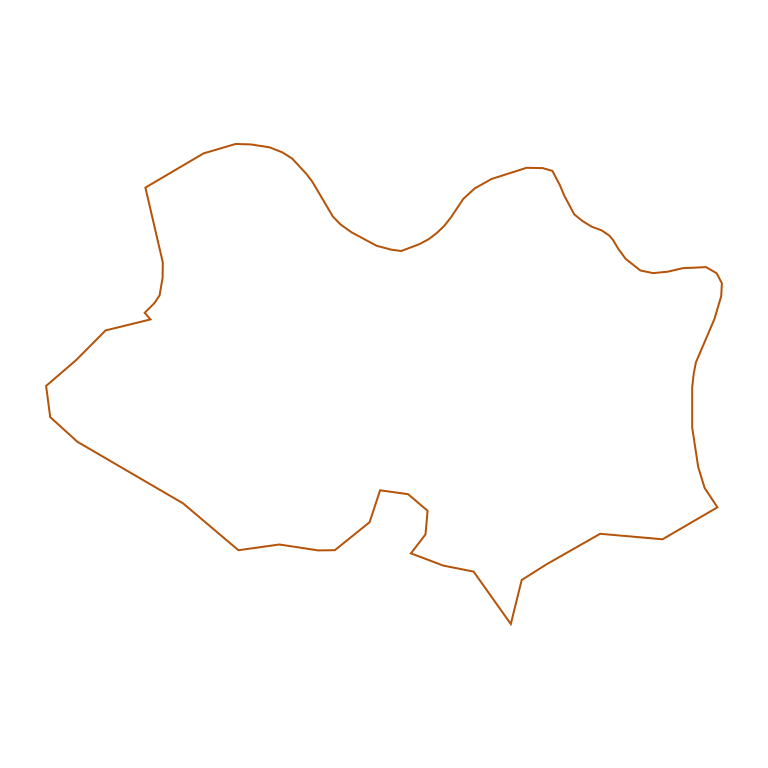 an SVG outline of Montevideo
{"feature_id": "URY-21", "entity_name": "Montevideo", "entity_type": "Department", "adm_level": 1, "iso_a3": "URY", "parent_name": "Uruguay", "parent_adm1": "", "projection": "robinson", "projection_center": [-56.197, -34.827], "detail": "fine", "context": "isolated", "style": "outline", "palette": "amber", "viewbox_px": 768, "rotation_deg": 0, "n_neighbors": 0, "source": "natural_earth", "source_scale": "10m", "svg_char_len": 1107}
<svg xmlns="http://www.w3.org/2000/svg" viewBox="0 0 768 768"><path d="M717.4,507.3L662.5,539.3L600.1,533.8L546.7,564.2L521.7,580.0L510.8,624.0L473.6,571.6L443.3,565.6L410.9,553.4L425.5,534.4L427.6,510.8L408.1,494.2L380.1,490.3L369.6,522.2L334.8,550.2L318.2,550.4L279.3,544.5L238.4,550.2L183.1,503.4L77.4,441.8L50.2,417.1L46.1,385.9L75.9,360.3L105.6,330.4L150.5,319.4L144.7,312.8L154.5,303.0L159.6,295.3L162.6,277.7L162.8,262.4L145.4,187.6L203.5,153.4L235.5,144.0L250.6,144.4L269.5,147.3L282.2,152.3L292.1,158.5L306.2,173.7L312.3,181.7L332.9,216.6L340.6,224.5L351.7,232.4L376.6,245.8L391.4,249.7L401.2,251.0L419.5,244.1L428.8,239.1L436.9,232.9L444.4,225.7L451.0,217.3L463.2,199.0L474.7,188.4L491.7,178.9L526.6,167.8L542.7,168.1L552.4,170.9L560.0,185.4L564.0,195.1L574.2,214.3L582.3,220.9L591.7,226.7L601.7,230.4L609.2,235.5L612.9,239.8L618.2,248.7L625.6,258.8L640.4,270.5L653.1,273.1L667.8,271.7L682.6,268.2L706.0,267.1L716.7,273.3L721.9,283.4L721.2,296.2L714.4,319.1L695.9,362.4L693.7,373.9L692.2,387.4L692.2,427.6L698.2,467.0L704.6,487.9L717.4,507.3Z" fill="none" stroke="#b45309" stroke-width="2"/></svg>